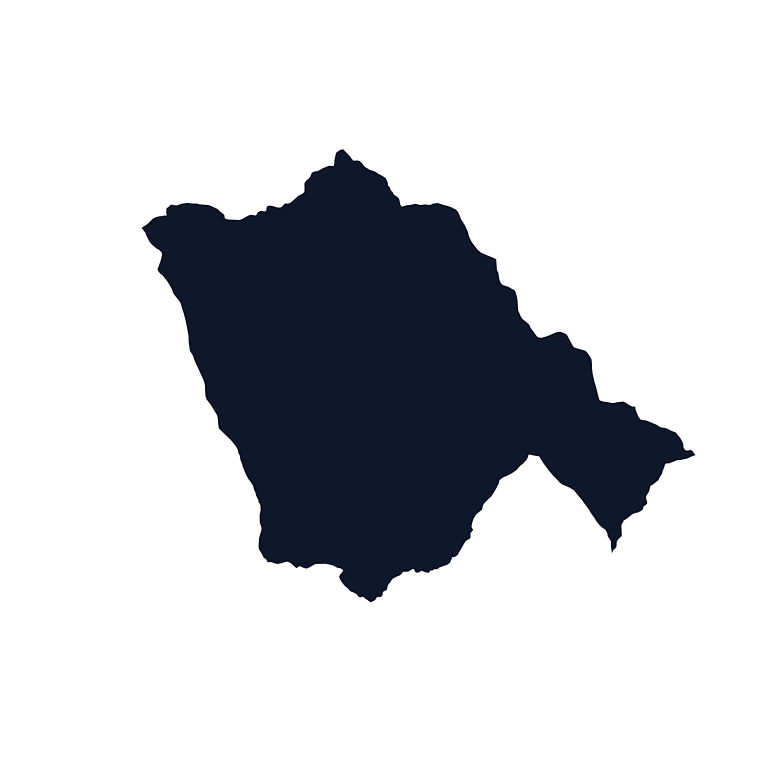 the district of La Merced, Caldas, Colombia, rotated 322°
{"feature_id": "7082276B22025402112041", "entity_name": "La Merced", "entity_type": "district", "adm_level": 2, "iso_a3": "COL", "parent_name": "Colombia", "parent_adm1": "Caldas", "projection": "albers", "projection_center": [-75.549, 5.392], "detail": "fine", "context": "isolated", "style": "filled", "palette": "ink", "viewbox_px": 768, "rotation_deg": 322, "n_neighbors": 0, "source": "geoboundaries", "source_scale": "gbopen_adm2", "svg_char_len": 6171}
<svg xmlns="http://www.w3.org/2000/svg" viewBox="0 0 768 768"><g transform="rotate(322 384 384)"><path d="M584.9,630.8L585.0,626.8L584.5,625.3L584.1,624.9L583.0,624.7L581.9,624.2L580.0,621.9L579.8,620.9L580.4,617.8L581.7,616.0L582.7,613.4L583.4,609.8L583.3,602.1L580.5,597.3L578.7,593.4L577.2,591.5L575.0,589.4L573.6,586.5L573.2,584.7L569.2,577.4L567.1,574.1L564.1,571.3L563.6,570.1L563.5,566.5L565.6,559.2L567.0,556.6L565.0,555.1L562.7,549.7L562.3,547.8L561.2,545.7L556.4,542.7L553.8,541.6L550.7,539.4L549.8,537.8L545.9,534.0L543.2,530.2L543.1,529.4L543.8,527.3L548.5,516.7L550.7,511.0L554.4,503.4L557.2,498.8L559.3,496.2L561.5,492.9L562.0,491.8L562.5,488.4L562.7,485.1L562.4,482.0L557.2,475.0L555.5,472.2L555.4,471.0L557.6,457.9L557.5,457.2L556.1,454.2L554.8,452.3L553.9,451.6L551.7,450.2L542.0,447.6L536.5,445.4L533.9,443.2L533.0,441.0L533.4,429.3L534.0,427.9L534.1,425.7L532.4,418.0L532.4,415.7L534.3,408.3L539.8,400.3L542.0,396.3L543.6,392.2L543.7,390.0L542.4,387.7L541.4,384.8L537.7,379.3L537.5,378.5L537.5,375.9L538.0,373.9L539.0,371.5L541.9,366.4L542.3,363.6L548.2,354.9L548.2,354.3L540.6,340.6L539.6,335.8L539.7,327.2L540.0,324.6L540.9,320.6L541.7,318.1L542.9,316.0L544.6,309.1L545.5,300.8L546.4,298.6L547.4,294.2L547.5,292.8L547.2,290.8L546.1,288.8L545.8,287.6L543.5,283.8L540.7,280.2L537.2,275.0L533.1,272.6L531.5,272.5L529.4,271.4L525.8,267.8L524.4,267.3L522.3,265.9L519.3,262.1L518.4,261.6L513.9,259.4L511.4,257.7L508.0,256.5L506.3,255.6L506.5,252.6L508.9,247.8L509.0,247.0L509.1,245.6L507.6,241.1L507.7,239.7L508.2,238.2L507.9,235.2L508.8,233.0L508.6,229.9L509.9,228.0L510.5,226.6L511.2,223.0L510.9,221.5L509.7,218.2L508.3,215.4L507.0,211.4L505.1,208.4L504.4,208.0L501.7,201.0L501.8,196.0L501.3,193.6L500.9,192.9L499.6,191.7L496.6,189.6L496.4,186.2L496.6,184.1L496.2,179.9L496.0,178.9L495.7,174.5L494.6,173.8L492.4,173.2L488.8,173.1L483.2,177.7L481.7,179.7L479.0,181.9L477.6,181.7L475.7,179.7L474.1,178.6L468.2,177.0L463.9,176.4L461.8,175.8L460.2,174.7L458.2,174.0L457.0,174.1L453.9,175.9L451.4,176.6L448.8,176.5L445.6,177.3L444.3,178.7L443.5,180.0L440.3,184.0L438.3,184.6L436.5,184.6L432.1,183.7L424.0,184.3L421.0,184.3L418.5,183.0L417.2,181.9L416.4,181.6L412.7,182.2L411.4,182.2L410.2,181.6L408.3,180.1L404.6,174.9L402.7,173.3L401.6,172.9L400.3,173.4L399.0,175.1L397.7,175.8L395.6,175.2L393.4,172.6L392.6,172.3L391.2,171.9L390.1,171.9L387.7,173.0L386.8,173.1L385.7,172.5L383.6,170.0L382.1,169.0L380.0,168.4L374.0,167.5L370.9,166.6L362.3,159.3L360.5,157.2L359.9,155.9L360.0,154.8L361.1,153.0L361.4,151.9L360.1,146.3L359.8,143.9L356.7,137.6L355.1,135.3L348.6,129.3L346.7,126.8L344.2,124.9L340.1,120.9L335.8,118.3L330.2,116.4L326.2,112.2L323.7,112.5L321.0,112.5L318.5,115.3L317.3,118.0L316.5,118.2L315.6,117.9L314.3,116.7L311.3,115.3L310.3,114.4L306.7,112.8L303.7,112.2L296.1,113.1L289.8,112.5L289.8,118.5L289.1,120.1L287.6,127.3L287.6,130.3L288.9,137.1L290.0,139.2L290.6,144.0L289.4,145.9L285.4,149.3L278.5,153.7L277.2,154.3L276.3,156.4L276.4,159.4L277.2,162.1L277.2,170.3L276.1,178.7L274.5,183.2L274.5,193.8L273.9,196.2L269.1,208.4L267.2,212.7L263.3,220.3L260.5,225.7L256.6,231.1L252.2,238.6L251.7,244.3L250.3,248.1L249.1,252.4L245.1,269.5L244.0,272.5L242.7,275.2L236.7,283.7L235.5,287.0L235.4,294.2L234.1,305.7L232.7,308.9L229.6,313.5L227.3,317.6L229.6,333.9L229.7,341.2L229.3,345.3L227.5,349.2L227.0,351.9L225.0,355.4L223.6,360.1L222.7,362.0L220.3,370.3L219.4,375.4L219.4,379.1L219.0,383.6L217.2,387.6L216.9,389.4L216.2,391.7L215.3,393.3L214.0,399.7L213.3,399.7L213.2,401.8L212.3,404.4L209.7,408.0L205.5,411.6L201.4,417.2L200.3,420.8L199.1,422.9L197.8,424.4L191.4,428.9L185.6,435.4L184.5,437.5L183.6,444.8L183.0,447.1L184.1,448.5L183.4,452.4L186.3,454.6L188.2,457.8L189.8,459.6L193.5,461.6L196.5,462.5L199.4,464.2L200.1,465.4L201.1,468.1L202.3,474.5L203.4,474.7L205.3,474.5L206.1,475.2L207.9,478.6L209.5,480.8L210.0,481.2L211.8,481.7L219.5,482.9L228.0,489.3L232.8,495.1L234.8,499.8L236.5,501.3L238.1,505.1L237.9,506.2L237.2,506.6L234.9,507.4L232.4,507.9L231.1,508.5L230.3,509.2L229.6,512.8L229.5,518.4L230.5,523.2L230.6,526.4L232.1,528.7L233.8,532.6L233.8,535.9L234.1,536.7L235.1,537.3L236.5,537.4L237.6,539.5L237.9,541.4L238.7,543.7L239.3,546.6L240.0,547.2L242.3,547.9L244.6,547.8L246.4,547.0L247.5,547.0L248.6,547.4L250.6,549.1L252.1,549.0L254.6,546.6L255.2,546.3L257.9,546.9L259.5,547.0L259.5,546.6L261.1,545.8L261.2,545.3L264.1,543.8L264.8,543.5L266.4,543.5L269.5,542.2L271.0,542.1L274.0,542.5L279.0,543.8L280.7,543.7L283.7,542.8L285.5,544.4L287.6,545.8L289.0,546.2L292.6,546.5L293.8,547.2L294.4,548.6L294.3,549.4L293.7,550.7L293.8,551.5L294.1,552.2L294.7,552.7L295.7,553.1L298.9,553.5L300.1,554.9L300.5,555.9L302.1,558.5L303.4,559.5L305.3,558.7L306.1,558.8L307.1,559.8L308.0,560.1L309.6,560.0L310.0,560.1L311.5,561.6L312.1,561.9L314.7,561.9L322.8,564.6L325.9,564.7L330.9,561.8L331.8,561.8L333.3,562.9L335.0,563.3L336.7,563.2L350.0,557.8L351.3,557.4L353.5,557.4L356.0,557.9L357.3,557.5L359.8,554.1L363.7,553.3L364.1,550.5L365.2,549.1L367.9,546.8L371.9,544.3L376.2,542.7L383.7,542.6L385.0,541.4L388.0,539.3L392.7,538.5L399.7,537.8L407.8,534.7L412.8,532.3L415.5,530.1L419.1,530.1L421.7,530.4L423.3,531.0L430.0,532.3L435.7,532.6L439.3,531.8L441.9,531.5L444.5,531.6L448.9,530.9L450.9,530.2L454.6,527.7L455.1,527.8L457.5,530.8L462.5,536.3L461.6,544.5L461.4,553.8L461.6,559.5L462.4,566.8L462.5,569.5L463.2,572.4L467.2,579.6L468.8,583.8L469.0,585.6L469.3,596.3L468.9,609.8L468.4,612.7L468.0,620.8L467.7,621.9L467.7,628.2L468.5,632.0L469.5,634.5L469.4,635.8L468.8,639.3L467.3,642.1L466.9,647.4L465.9,649.2L463.8,651.7L461.4,655.8L462.5,655.2L465.9,655.0L466.3,654.7L467.3,654.0L468.9,651.9L470.3,650.8L472.4,649.9L477.3,649.4L478.2,648.5L482.9,641.7L484.6,640.1L486.2,639.6L488.8,638.4L493.1,638.8L498.5,638.7L500.8,639.0L502.5,639.5L504.6,640.6L508.3,641.5L510.4,641.4L512.5,639.7L513.7,639.5L516.1,639.7L517.3,639.5L518.1,638.6L519.2,635.4L521.2,633.0L526.4,631.2L531.1,627.5L533.9,628.0L540.7,628.0L544.2,626.3L547.4,625.3L549.4,623.6L553.4,621.3L555.1,619.9L556.2,619.7L557.8,619.7L558.5,619.9L559.8,621.2L568.7,623.9L571.6,626.1L573.7,626.8L575.7,628.0L578.1,628.9L582.7,629.9L584.9,630.8Z" fill="#0f172a" stroke="#020617" stroke-width="1.5"/></g></svg>